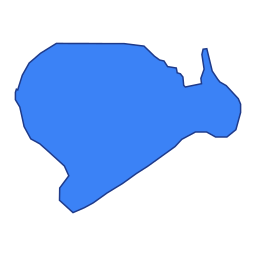 outline of Wonsan City, Kangwŏn-do, North Korea
{"feature_id": "82179303B41531617373143", "entity_name": "Wonsan City", "entity_type": "district", "adm_level": 2, "iso_a3": "PRK", "parent_name": "North Korea", "parent_adm1": "Kangwŏn-do", "projection": "equal_earth", "projection_center": [127.373, 39.107], "detail": "fine", "context": "isolated", "style": "filled", "palette": "blue", "viewbox_px": 256, "rotation_deg": 0, "n_neighbors": 0, "source": "geoboundaries", "source_scale": "gbopen_adm2", "svg_char_len": 841}
<svg xmlns="http://www.w3.org/2000/svg" viewBox="0 0 256 256"><path d="M240.6,104.2L238.3,98.7L226.2,85.6L219.9,82.0L217.8,79.4L212.2,71.0L208.4,55.3L206.8,48.7L203.1,49.2L201.9,54.5L204.1,69.2L200.9,78.3L201.5,83.7L185.3,87.0L183.7,85.4L182.9,77.0L180.4,73.8L177.2,72.8L176.3,68.0L167.6,66.6L164.0,61.0L159.6,60.0L154.4,56.2L153.3,55.1L144.0,46.1L124.0,43.6L106.0,43.6L85.7,43.5L69.9,43.5L56.4,43.4L40.6,53.2L29.2,63.0L22.3,75.2L17.7,89.9L16.4,89.2L15.4,92.3L15.4,99.7L19.8,107.0L22.0,116.8L24.1,126.6L30.8,138.9L39.8,143.8L50.9,153.7L64.4,166.0L68.8,175.8L59.7,188.0L59.5,200.3L73.0,212.6L84.3,207.7L93.3,202.8L107.0,193.0L122.8,183.3L136.4,173.5L147.8,166.2L161.4,156.4L175.0,146.6L181.8,139.3L195.4,132.0L206.6,132.0L215.6,137.0L226.9,137.0L235.9,129.7L240.6,112.5L240.6,104.2Z" fill="#3b82f6" stroke="#1e3a8a" stroke-width="1.5"/></svg>